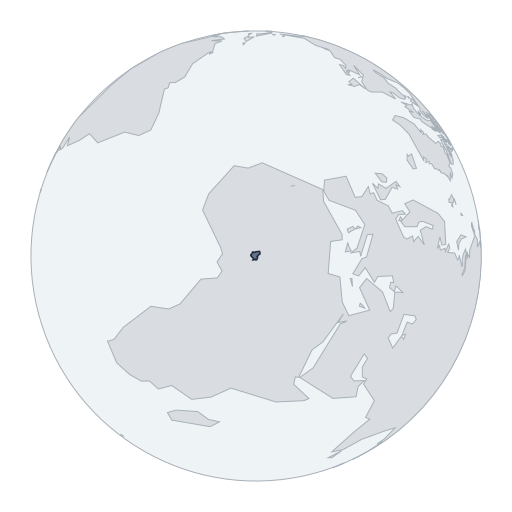 Maradi on an orthographic globe, rotated 72°
{"feature_id": "NER-91", "entity_name": "Maradi", "entity_type": "Department", "adm_level": 1, "iso_a3": "NER", "parent_name": "Niger", "parent_adm1": "", "projection": "orthographic", "projection_center": [7.538, 14.218], "detail": "fine", "context": "on_globe", "style": "filled", "palette": "slate", "viewbox_px": 512, "rotation_deg": 72, "n_neighbors": 0, "source": "natural_earth", "source_scale": "10m", "svg_char_len": 9754}
<svg xmlns="http://www.w3.org/2000/svg" viewBox="0 0 512 512"><g transform="rotate(72 256 256)"><circle cx="256" cy="256" r="225" fill="#eef3f6" stroke="#a8b0b8"/><path d="M203.3,37.0L178.4,44.9L182.1,43.9L175.0,47.2L176.6,47.4L171.5,49.5L177.2,48.0L181.6,46.1L185.5,45.0L186.9,45.2L180.6,47.6L179.0,47.9L177.9,48.7L174.2,50.0L176.8,49.5L169.0,52.9L178.6,49.9L174.1,53.0L168.4,55.2L166.5,54.4L148.7,59.7L142.4,62.9L135.4,67.5L127.3,76.9L121.3,81.2L115.0,87.3L119.4,84.9L125.9,79.3L132.4,77.0L139.6,71.2L143.3,69.6L151.7,64.6L153.0,66.2L149.7,70.9L142.9,75.4L141.3,77.8L149.9,74.6L139.2,85.1L135.6,95.8L132.6,98.9L122.8,101.6L117.5,97.9L104.9,104.2L115.6,101.4L107.8,110.1L107.6,112.4L109.5,113.0L113.5,110.4L111.4,114.0L99.9,117.3L101.7,114.1L105.3,112.8L102.7,111.5L95.0,115.1L91.6,119.9L83.4,122.3L80.9,125.9L77.8,128.9L82.3,122.7L74.0,134.3L63.8,143.0L52.3,164.8L60.8,146.0L62.2,142.2L62.7,140.3L60.7,143.8L61.6,142.2L70.4,128.3L80.3,115.0L91.1,102.6L102.7,90.9L115.2,80.1L128.4,70.3L142.4,61.5L156.9,53.7L172.0,47.0L187.5,41.4L203.3,37.0ZM47.2,171.3L47.1,171.7L44.8,177.6L47.2,171.3ZM39.6,193.4L38.7,197.6L35.0,212.7L33.5,222.1L34.2,222.3L34.3,228.6L36.8,221.2L39.8,219.0L37.5,231.8L41.0,221.7L41.4,229.4L48.8,234.5L47.6,237.0L53.5,256.8L63.7,268.5L66.1,279.1L64.5,284.3L68.9,287.7L69.0,291.6L90.1,304.3L103.7,317.2L105.2,330.3L97.6,342.6L99.5,371.6L88.2,376.5L91.3,387.6L92.9,401.3L85.2,396.5L93.6,406.3L94.5,409.6L91.2,407.8L96.0,413.4L93.9,411.9L99.1,417.0L103.7,422.0L111.8,429.1L97.9,416.5L85.1,402.8L73.4,388.0L69.3,382.0L48.8,340.9L44.9,331.2L39.4,317.2L32.6,284.9L31.9,278.8L31.2,268.7L30.8,261.5L32.2,246.5L33.7,228.5L33.7,224.9L32.6,230.1L34.0,217.6L39.6,193.4ZM48.9,171.9L46.9,187.8L44.8,186.1L45.8,184.7L47.0,179.0L48.1,172.5L47.2,172.3L48.9,171.9ZM55.2,162.3L55.3,160.6L55.6,161.4L55.2,162.3ZM150.4,64.1L151.0,64.3L149.1,65.1L150.4,64.1ZM153.4,61.8L150.8,62.6L151.8,61.7L153.4,61.2L153.4,61.8ZM156.4,61.2L154.1,60.0L156.0,58.4L163.6,55.6L156.4,61.2ZM182.4,45.5L177.8,47.5L180.3,45.8L182.4,45.5ZM183.0,44.8L185.2,42.4L192.7,40.0L190.4,41.0L199.0,38.3L201.6,38.2L197.4,39.7L192.1,41.2L197.1,40.1L183.0,44.8ZM187.3,44.4L187.1,43.9L193.5,41.8L195.1,42.4L192.5,42.8L187.3,44.4ZM200.1,37.9L205.1,36.6L208.6,36.1L211.0,35.7L202.3,38.1L200.1,37.9ZM191.8,43.4L195.8,42.8L194.0,44.1L187.9,44.8L191.8,43.4ZM194.5,41.0L197.6,40.1L196.4,40.8L194.5,41.0ZM189.9,49.1L189.5,48.2L192.8,46.8L189.9,49.1ZM197.4,42.5L198.0,42.1L199.2,41.6L201.5,41.5L197.4,42.5ZM205.3,37.7L205.7,38.0L209.1,36.7L211.8,36.6L205.5,38.4L209.3,37.6L210.2,37.6L204.1,39.1L205.3,37.7ZM207.5,40.0L200.4,42.9L200.4,44.7L197.5,45.8L198.0,42.7L207.5,40.0ZM206.0,39.3L206.3,39.9L202.5,40.8L200.0,40.9L206.0,39.3ZM215.9,36.1L213.4,35.7L214.8,35.4L215.9,36.1ZM208.2,40.3L209.9,39.7L208.7,40.4L208.2,40.3ZM214.4,37.1L213.3,36.9L215.0,36.5L214.4,37.1ZM214.2,38.8L211.9,39.5L210.2,39.5L214.2,38.8ZM214.9,37.8L217.5,37.4L210.9,39.0L214.1,37.8L214.9,37.8ZM216.2,36.8L216.8,36.5L216.4,36.9L216.2,36.8ZM222.3,38.7L214.4,40.8L210.5,40.6L218.7,38.5L222.3,38.7ZM126.3,440.1L126.7,440.0L128.7,441.4L129.0,441.8L126.3,440.1ZM475.2,204.2L474.9,203.0L478.3,219.3L478.5,220.8L479.5,227.5L479.2,225.6L476.8,211.5L471.5,192.8L472.1,198.8L469.7,190.7L462.5,176.9L462.1,185.4L463.0,211.9L467.1,233.3L465.7,244.5L453.8,217.5L446.3,198.2L443.4,201.7L430.1,188.1L411.1,193.3L407.2,188.7L403.9,192.3L394.3,189.1L387.8,181.6L382.6,183.4L399.6,203.3L405.1,201.5L407.9,191.5L411.7,199.2L420.8,204.4L415.2,226.9L385.0,251.9L380.1,236.3L346.5,196.7L346.4,191.7L346.2,191.2L345.7,190.3L344.7,198.6L338.2,190.8L358.3,218.9L362.6,231.7L384.6,253.0L383.1,255.9L389.6,259.8L407.9,249.7L408.4,255.1L401.0,282.1L373.9,320.7L376.3,342.4L372.5,361.4L353.1,376.2L352.3,389.9L341.9,396.0L339.6,403.7L329.8,412.7L314.5,421.5L291.1,423.5L291.5,416.9L282.8,404.3L271.4,371.5L279.4,355.4L278.1,343.0L261.0,315.5L264.9,299.5L259.8,293.0L249.6,294.9L243.5,287.1L237.1,287.0L195.9,292.6L182.3,281.8L163.4,248.9L170.0,236.3L169.3,221.3L213.4,172.0L224.9,174.8L262.2,167.5L267.2,169.0L265.2,180.5L295.0,192.8L301.8,182.7L326.5,188.2L341.4,186.2L342.6,164.6L318.1,167.3L311.6,157.7L329.3,146.8L350.3,145.5L348.5,141.8L333.2,135.0L336.1,127.6L327.7,132.1L332.6,135.5L327.5,138.8L322.7,136.0L323.9,133.3L317.0,132.3L313.1,146.5L317.6,151.5L300.8,155.7L306.7,164.6L302.8,169.4L291.4,156.2L291.0,151.1L271.4,138.0L270.2,143.6L288.7,156.6L283.8,155.9L282.4,164.7L279.6,157.4L259.8,142.8L243.3,147.2L225.6,169.3L215.2,171.5L205.0,167.4L208.0,145.7L230.9,143.5L232.2,136.9L224.7,127.7L232.3,128.2L232.1,124.5L240.4,123.7L249.3,114.6L257.4,113.3L258.1,102.7L262.4,100.9L260.7,107.4L263.9,111.8L283.5,109.8L286.5,107.4L285.4,100.9L291.0,101.7L287.4,95.7L297.4,92.5L282.3,91.8L280.6,85.3L285.1,80.1L281.8,78.1L274.5,86.8L274.0,90.5L277.9,93.8L274.2,105.3L268.1,107.6L261.6,96.0L252.2,98.4L251.3,89.2L271.7,69.7L281.6,66.0L303.7,72.0L303.0,75.8L294.7,75.3L304.9,81.2L302.8,78.1L307.4,79.0L307.0,74.0L310.2,74.5L304.3,69.1L308.2,69.2L311.9,72.6L314.6,66.1L322.1,65.6L321.1,64.0L318.0,62.5L329.5,63.4L328.3,62.2L324.0,61.4L318.9,58.7L314.2,54.6L318.5,55.1L320.7,56.7L331.8,61.2L337.1,65.8L338.4,65.7L334.8,61.9L321.3,56.3L317.3,53.7L323.9,55.8L321.1,54.8L320.5,53.7L323.8,53.4L316.6,51.0L303.7,41.2L308.8,40.4L316.1,42.8L311.5,38.8L317.6,39.7L313.7,38.7L308.9,37.1L306.9,36.7L304.6,36.2L298.6,34.8L314.3,38.4L329.8,43.1L344.9,49.0L359.5,55.9L373.6,63.8L387.0,72.8L399.8,82.6L411.9,93.4L423.2,105.0L433.6,117.4L443.1,130.5L451.6,144.2L459.1,158.5L465.6,173.3L471.0,188.6L475.2,204.2ZM200.9,197.2L200.3,201.7L200.9,197.2ZM374.7,155.6L385.9,154.4L377.2,142.5L380.8,141.3L376.6,137.9L376.6,141.7L365.6,132.6L369.1,128.2L365.9,123.2L362.0,123.4L357.2,133.2L372.9,145.8L371.9,151.5L374.7,155.6ZM49.1,234.5L49.7,237.7L48.3,236.8L49.1,234.5ZM42.9,190.8L43.2,192.2L42.9,194.7L42.3,194.4L42.9,190.8ZM50.0,200.5L51.2,202.9L49.3,202.6L50.0,200.5ZM47.0,190.0L49.0,199.1L45.3,200.1L44.2,194.6L45.9,195.3L47.0,190.0ZM51.6,168.7L51.5,170.3L50.4,172.3L51.6,168.7ZM55.5,163.0L55.2,162.9L56.0,160.7L55.5,163.0ZM108.5,109.9L109.3,109.7L110.5,111.1L108.5,111.9L108.5,109.9ZM125.1,110.0L121.3,115.8L122.5,111.9L118.9,113.8L117.0,108.5L131.0,100.2L125.0,104.6L125.1,110.0ZM118.4,100.0L118.0,103.7L117.9,100.0L118.4,100.0ZM222.4,107.4L226.2,109.3L224.3,113.5L214.1,117.0L216.7,110.7L222.4,107.4ZM231.9,111.4L228.3,99.8L234.5,97.8L231.7,100.8L236.1,100.6L232.7,105.4L242.1,115.5L241.1,120.0L222.8,122.8L229.3,119.1L225.3,117.2L231.9,111.4ZM208.3,79.9L206.9,76.5L222.2,76.3L221.8,79.6L211.6,82.7L206.1,80.8L208.3,79.9ZM170.3,57.0L168.7,56.9L170.5,56.0L173.2,55.5L170.3,57.0ZM189.4,48.8L178.9,57.1L176.6,57.3L173.1,62.8L165.7,65.5L168.2,61.7L159.9,68.3L159.2,65.9L154.3,70.6L160.5,61.7L159.5,60.4L163.4,60.8L170.3,58.2L172.9,56.7L179.7,51.7L180.9,48.3L187.9,45.8L192.5,44.9L193.3,45.4L188.5,46.7L193.0,46.4L186.6,48.7L189.4,48.8ZM242.4,45.5L236.6,45.4L244.5,48.0L238.2,49.2L239.5,49.4L235.9,51.4L233.8,54.4L230.6,54.7L231.1,55.8L228.7,57.4L228.4,59.1L222.6,60.4L221.7,62.8L219.4,62.1L219.5,65.9L216.8,63.8L213.5,66.0L217.8,66.9L187.2,72.9L176.4,78.2L168.8,84.1L165.3,80.4L170.1,72.9L179.2,64.9L190.1,60.8L186.6,60.3L190.7,58.3L191.8,59.6L192.6,56.5L196.3,55.3L204.5,50.2L203.3,47.3L206.3,45.6L208.6,46.2L209.9,44.2L216.3,44.3L218.6,43.2L227.1,42.6L230.2,44.9L232.5,43.6L239.1,43.5L242.4,45.5ZM224.6,38.6L229.8,40.2L228.9,41.9L214.5,42.4L211.5,43.3L202.2,44.4L203.7,42.1L206.2,41.9L209.0,41.3L207.4,42.2L210.8,41.0L214.4,40.9L218.0,40.0L218.7,40.7L224.6,38.6ZM271.5,164.5L275.2,164.8L280.6,163.9L279.8,169.8L271.5,164.5ZM257.8,154.7L260.9,153.7L262.5,160.9L258.7,161.0L257.8,154.7ZM261.3,147.5L261.0,153.1L258.9,150.1L261.3,147.5ZM263.4,106.5L266.6,105.5L267.4,106.9L266.3,109.3L263.4,106.5ZM264.6,55.8L261.3,54.9L261.9,54.3L258.1,51.1L262.4,50.3L266.4,51.9L264.6,55.8ZM339.2,168.7L335.7,173.2L333.1,171.5L334.8,170.3L339.2,168.7ZM306.9,171.7L314.9,173.7L306.6,173.3L306.9,171.7ZM268.6,54.5L266.5,53.2L270.0,53.6L268.6,54.5ZM265.4,49.7L269.2,49.9L262.5,49.9L265.4,49.7ZM386.7,437.4L385.5,439.0L383.5,439.9L386.7,437.4ZM404.1,352.4L386.1,386.8L377.5,388.6L377.9,379.6L385.9,359.5L396.6,351.9L402.4,342.0L404.1,352.4ZM481.2,248.6L480.1,237.3L480.3,236.1L480.6,238.5L481.2,248.6ZM467.8,235.0L471.3,246.4L470.1,249.6L467.8,235.0ZM302.7,50.3L303.3,55.2L306.6,59.1L313.0,61.6L304.2,60.6L299.2,54.5L302.7,50.3ZM303.1,42.1L297.5,40.6L299.7,40.4L301.3,40.7L303.1,42.1ZM299.9,41.8L293.6,41.7L290.3,40.4L295.9,40.6L299.9,41.8ZM281.3,46.9L281.1,48.3L278.3,47.8L281.3,46.9ZM303.7,36.1L300.7,35.4L301.1,35.4L303.7,36.1ZM292.6,33.9L294.1,34.3L290.7,33.6L292.6,33.9ZM297.9,35.5L293.9,34.3L300.3,35.9L297.9,35.5Z" fill="#d9dde1" stroke="#a8b0b8" stroke-width="1"/><path d="M253.0,260.1L252.7,259.5L252.1,258.8L251.5,258.3L251.3,258.2L251.2,258.1L251.2,257.9L251.2,257.7L251.3,257.7L251.5,257.5L251.5,257.4L251.4,257.2L251.5,257.1L251.7,256.9L251.8,256.8L252.0,256.7L252.2,256.2L252.1,255.9L252.1,255.7L252.0,255.4L251.9,255.3L251.9,255.2L252.2,253.4L252.2,253.2L252.7,251.2L254.2,251.2L254.4,251.2L255.2,251.6L255.4,251.8L255.5,251.9L255.5,252.4L255.5,252.5L255.7,252.8L255.8,253.5L256.0,253.7L256.0,253.8L256.1,254.0L256.5,254.3L256.6,254.9L256.7,255.0L256.9,255.2L257.0,255.2L257.4,254.8L257.5,254.8L257.8,254.8L257.9,255.0L258.0,255.1L258.3,255.2L258.4,255.3L258.5,255.3L258.8,255.6L259.0,255.7L259.1,255.8L259.2,256.0L259.7,256.4L259.8,256.5L259.8,256.8L259.8,257.0L259.8,257.3L258.7,257.8L258.6,258.0L258.8,258.3L259.0,258.4L258.9,258.7L258.9,258.8L259.0,259.4L259.0,259.5L258.7,259.9L258.7,260.0L258.6,259.9L258.4,259.8L258.3,259.7L258.2,259.6L257.1,259.4L256.8,259.5L255.4,260.3L255.2,260.4L254.8,260.3L254.7,260.3L254.5,260.6L254.3,260.8L254.2,260.8L253.8,260.8L253.7,260.8L253.5,260.7L253.3,260.5L253.1,260.3L253.0,260.1Z" fill="#64748b" stroke="#1e293b" stroke-width="1.5"/></g></svg>